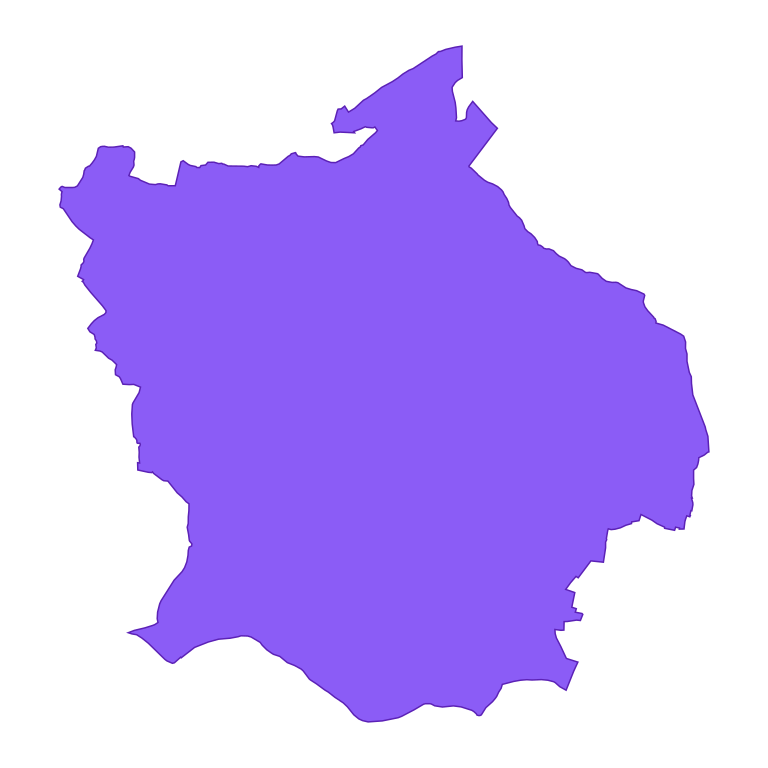 the district of Urmenis, Bistrita-Nasaud, Romania
{"feature_id": "2599482B85850276190943", "entity_name": "Urmenis", "entity_type": "district", "adm_level": 2, "iso_a3": "ROU", "parent_name": "Romania", "parent_adm1": "Bistrita-Nasaud", "projection": "albers", "projection_center": [24.357, 46.791], "detail": "fine", "context": "isolated", "style": "filled", "palette": "violet", "viewbox_px": 768, "rotation_deg": 0, "n_neighbors": 0, "source": "geoboundaries", "source_scale": "gbopen_adm2", "svg_char_len": 6038}
<svg xmlns="http://www.w3.org/2000/svg" viewBox="0 0 768 768"><path d="M566.1,690.2L573.7,671.2L577.9,662.1L566.8,658.6L566.2,658.1L560.8,646.5L556.4,638.0L555.2,633.7L554.9,629.5L561.0,630.3L563.9,630.1L564.1,621.6L567.3,621.5L576.6,620.1L580.4,620.5L582.8,614.4L582.0,613.5L575.3,612.2L576.3,608.7L571.8,607.2L574.8,592.6L565.7,589.4L570.5,582.8L576.0,576.4L578.2,577.8L590.9,560.9L603.4,562.2L605.6,547.8L605.6,542.0L606.7,539.7L606.4,538.4L607.7,530.6L608.3,528.8L611.1,529.6L615.0,529.2L620.4,527.8L626.0,525.2L631.5,523.6L631.7,521.9L639.0,520.7L641.0,514.5L652.0,520.2L657.0,523.7L664.5,527.1L664.6,528.3L674.6,530.3L675.6,527.2L679.5,528.0L679.3,529.1L684.0,529.0L684.9,521.6L685.6,519.1L686.8,515.8L689.8,516.8L690.4,515.4L689.9,515.1L690.9,510.6L691.8,510.8L692.9,504.9L692.8,502.7L691.5,498.1L692.3,498.1L691.6,495.9L691.9,490.5L693.9,484.4L693.6,478.6L693.6,470.1L696.6,467.5L697.9,464.0L698.6,460.5L698.8,457.7L704.3,455.0L707.6,452.3L708.9,451.9L707.9,436.3L705.8,429.7L705.2,426.9L692.8,394.8L691.5,383.5L691.3,376.7L689.3,372.4L687.0,361.3L687.0,354.0L685.5,348.5L685.6,342.0L683.7,336.2L680.7,334.1L663.2,325.1L655.9,323.0L656.1,321.4L655.1,318.7L653.8,317.8L653.7,317.2L647.7,310.7L644.9,306.8L643.4,302.6L643.3,301.1L644.7,295.4L644.0,294.1L636.7,290.7L631.1,289.5L625.9,287.9L617.9,282.7L616.0,282.3L612.0,282.4L606.3,281.3L602.2,278.4L598.2,274.1L597.2,273.6L589.8,272.3L586.8,272.6L585.5,272.4L581.9,269.8L576.1,268.3L571.0,265.7L568.3,262.0L566.6,260.3L564.6,258.7L559.2,256.1L556.2,253.6L553.5,250.7L549.0,248.9L546.4,249.0L543.6,248.2L542.8,247.1L540.4,245.4L538.1,244.9L537.5,243.4L537.3,241.5L534.7,237.5L531.0,233.8L527.8,231.7L524.8,228.6L524.1,225.9L521.7,220.3L519.5,217.8L517.1,216.0L510.3,207.4L509.0,205.0L508.5,202.3L506.8,198.5L504.2,194.6L503.0,191.8L501.5,189.9L497.7,186.6L492.6,183.9L487.7,182.2L484.5,180.3L478.0,175.0L477.2,173.9L471.2,168.1L469.1,166.9L468.9,166.1L497.4,128.3L491.4,122.6L472.7,101.4L468.7,106.8L467.2,109.8L466.6,112.3L466.4,117.6L465.6,119.2L461.8,120.7L458.9,121.2L455.7,120.9L456.5,117.8L455.9,107.9L455.2,102.4L452.4,91.4L452.1,87.3L455.2,82.6L457.6,80.4L462.3,77.6L461.9,59.8L462.0,46.1L455.2,47.2L445.7,49.4L440.6,51.4L438.4,51.6L436.0,54.0L432.1,56.1L413.1,68.6L408.9,70.3L402.8,74.1L398.0,77.9L392.4,81.6L381.6,87.4L374.6,93.0L366.5,98.6L363.5,100.2L354.7,108.3L348.5,112.1L344.7,106.1L341.2,108.9L338.1,109.1L337.3,110.8L334.6,120.8L333.5,122.1L331.5,123.6L332.4,124.8L333.0,126.7L334.1,132.8L340.1,132.1L354.6,132.8L353.7,131.5L361.0,128.8L365.3,126.7L366.7,127.3L372.1,127.8L373.3,127.8L374.9,127.0L377.4,130.5L375.6,132.7L367.8,139.4L363.2,144.9L360.8,145.7L360.2,147.0L358.7,148.0L353.4,153.8L348.7,156.6L343.9,158.6L335.7,162.6L330.9,162.5L326.6,161.0L318.3,157.0L314.4,156.6L304.3,156.9L298.0,156.1L296.0,153.8L296.0,153.2L295.4,152.6L291.3,153.8L289.9,155.4L288.2,156.3L279.2,163.9L276.2,165.0L272.3,165.1L267.5,165.0L261.1,163.9L260.5,164.0L258.8,165.9L258.7,167.4L256.3,166.3L251.1,165.7L247.6,166.7L243.8,166.2L228.1,166.0L223.9,164.1L222.6,164.0L221.8,163.3L218.7,163.6L214.0,162.2L207.9,162.3L205.6,165.0L201.0,165.6L199.7,167.6L196.8,167.5L195.9,166.6L190.2,165.4L188.2,164.4L183.2,160.7L180.9,161.9L175.3,185.7L168.1,185.8L166.9,184.9L160.3,183.8L158.0,183.9L155.5,184.6L149.5,184.1L140.5,180.3L138.3,178.6L130.2,176.3L128.9,175.6L130.1,172.4L133.4,167.0L134.0,165.1L133.7,161.1L134.3,159.2L134.6,157.3L134.6,152.0L131.1,148.2L128.2,146.7L123.3,147.0L122.9,145.8L113.8,147.1L108.4,147.2L104.4,146.3L102.3,146.4L100.6,146.7L98.3,148.3L96.4,156.3L94.4,159.9L92.0,163.2L89.5,166.1L88.5,166.2L85.4,168.2L84.6,170.3L84.2,170.7L83.7,174.2L82.8,177.4L77.4,185.9L74.8,187.3L72.7,187.5L64.9,187.5L62.1,186.4L60.8,187.1L59.1,189.1L62.0,191.6L61.4,194.3L61.5,196.6L61.1,200.8L59.9,204.9L60.3,207.2L63.3,208.7L72.1,221.7L75.9,226.1L79.2,229.3L90.3,237.9L93.4,239.9L92.0,243.7L89.8,248.3L84.1,258.1L83.7,259.4L83.9,261.0L83.8,261.8L83.0,263.1L81.1,265.0L81.1,266.5L80.5,268.9L77.7,276.3L83.6,279.6L83.2,280.5L82.2,281.3L83.4,282.3L84.9,285.1L90.9,292.6L102.5,305.9L106.0,310.6L105.9,312.6L104.3,314.4L98.0,317.7L94.3,320.6L91.4,323.7L87.8,328.4L89.9,331.8L94.2,334.5L95.0,337.2L95.1,339.0L96.4,340.8L96.8,343.1L95.8,344.4L96.3,347.9L95.3,350.3L99.9,351.0L102.2,352.0L108.6,358.2L112.1,360.2L116.6,364.6L116.1,367.1L115.2,369.8L115.5,374.7L119.3,376.8L120.5,378.7L122.9,384.2L129.3,384.6L133.8,384.4L140.5,387.1L139.1,392.6L133.0,402.9L132.4,404.5L131.8,414.0L132.2,424.0L133.7,436.7L134.6,437.2L136.3,439.2L136.8,440.2L137.0,442.8L137.7,443.3L139.9,443.3L140.3,444.3L140.0,445.7L138.8,447.1L139.2,452.2L139.0,457.1L139.6,463.0L137.6,462.7L137.8,470.0L148.4,472.3L151.7,472.6L152.5,471.9L153.7,473.5L161.9,479.7L163.7,480.7L167.9,481.1L177.2,492.8L182.0,497.0L186.1,501.7L189.0,503.8L188.9,510.7L188.3,516.7L188.2,523.6L187.2,527.2L188.6,534.6L189.3,540.3L189.6,541.1L191.9,543.9L191.6,546.0L189.2,547.1L188.3,550.4L188.0,555.3L186.8,561.9L184.6,567.6L182.1,571.6L174.1,580.2L161.1,600.7L159.7,603.8L157.6,612.1L157.2,618.7L158.0,622.5L154.8,624.6L152.5,625.5L144.8,627.9L134.3,630.4L128.3,632.7L131.9,633.9L136.6,634.7L141.8,638.0L148.3,643.2L164.8,659.3L166.9,660.9L172.4,663.3L174.4,662.8L180.7,657.2L181.2,657.8L194.6,647.4L208.3,642.0L218.5,639.2L230.2,638.2L238.2,636.7L241.0,635.8L247.6,636.0L251.1,637.0L260.2,642.4L262.2,645.2L266.8,649.8L271.2,652.9L273.4,654.3L279.8,656.4L287.3,662.6L294.6,665.5L301.2,669.1L303.2,670.9L309.3,679.0L310.5,680.0L316.4,683.8L324.8,690.0L328.3,692.1L334.9,697.3L343.3,702.9L347.4,706.8L353.8,714.8L358.8,718.9L362.5,720.6L368.1,721.9L382.3,720.9L398.2,717.7L401.7,716.3L414.1,709.8L423.6,704.2L425.4,703.7L429.9,703.7L431.3,704.0L434.7,705.8L442.4,707.0L453.4,705.9L461.1,706.9L471.8,710.3L473.9,711.6L476.3,713.8L477.0,715.1L479.0,715.6L480.3,715.4L481.3,714.9L485.9,707.6L492.6,701.6L495.5,698.1L496.7,696.4L498.7,692.1L501.1,688.4L502.3,684.4L513.8,681.4L520.7,680.2L526.8,679.7L532.0,680.0L541.3,679.6L547.8,680.2L553.6,681.7L555.2,682.6L559.8,686.7L566.1,690.2Z" fill="#8b5cf6" stroke="#5b21b6" stroke-width="1.5"/></svg>